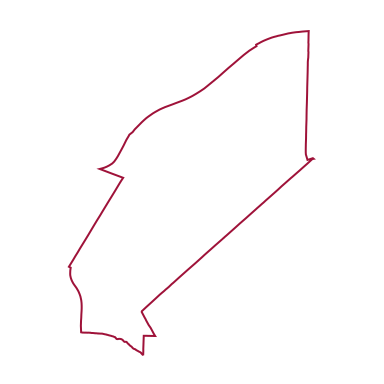 Vincent, Western Australia, Australia (Natural Earth projection), rotated 92°
{"feature_id": "25037944B82328591625586", "entity_name": "Vincent", "entity_type": "district", "adm_level": 2, "iso_a3": "AUS", "parent_name": "Australia", "parent_adm1": "Western Australia", "projection": "natural_earth1", "projection_center": [115.863, -31.931], "detail": "fine", "context": "isolated", "style": "outline", "palette": "rose", "viewbox_px": 384, "rotation_deg": 92, "n_neighbors": 0, "source": "geoboundaries", "source_scale": "gbopen_adm2", "svg_char_len": 4495}
<svg xmlns="http://www.w3.org/2000/svg" viewBox="0 0 384 384"><g transform="rotate(92 192 192)"><path d="M322.2,233.2L320.1,234.3L319.4,234.8L313.6,238.1L312.8,237.9L308.5,233.6L305.4,230.4L299.7,224.6L296.0,220.9L295.7,220.6L293.4,218.1L292.8,217.4L291.9,216.4L290.2,214.7L289.8,214.2L287.7,211.9L285.2,209.5L284.3,208.6L284.1,208.3L282.5,206.6L282.0,206.1L278.2,202.2L274.1,197.9L269.9,193.5L262.7,185.8L256.4,179.3L254.3,177.2L248.8,171.4L244.3,166.7L239.8,161.9L235.5,157.4L235.2,157.1L234.6,156.4L230.0,151.6L225.8,147.2L221.9,143.2L216.4,137.3L213.5,134.3L213.4,134.2L207.1,127.6L206.0,126.5L200.8,121.0L200.3,120.4L197.8,117.9L192.9,112.7L186.8,106.3L185.4,104.9L183.5,103.0L183.1,102.6L174.2,93.2L173.8,92.7L166.2,84.6L165.8,84.2L165.4,83.8L159.7,77.8L154.9,72.9L154.6,71.6L154.0,72.4L155.9,77.7L151.7,79.1L150.5,79.5L148.5,79.7L145.5,79.8L139.8,79.9L134.3,79.9L130.0,80.0L128.5,80.0L128.3,80.0L123.1,80.1L117.6,80.1L115.4,80.1L111.5,80.2L105.5,80.3L100.7,80.3L98.8,80.3L88.3,80.4L83.5,80.5L68.4,80.6L62.8,80.7L62.4,80.7L61.4,80.7L58.0,80.8L55.9,80.7L54.8,80.6L54.5,80.6L54.0,80.5L53.8,80.5L50.9,80.5L49.2,80.5L47.9,80.5L47.3,80.7L47.1,80.7L40.1,80.7L38.7,80.9L36.6,80.9L30.9,81.0L27.1,81.0L27.8,87.3L27.9,87.9L28.4,91.2L28.6,93.1L28.8,94.4L29.1,96.1L29.4,97.8L29.8,99.5L30.1,101.1L30.4,102.2L30.8,103.6L31.2,105.0L32.4,109.3L32.9,111.4L33.5,113.2L34.0,115.0L34.9,117.7L36.1,120.6L37.1,122.9L38.5,125.9L39.8,128.3L41.0,130.3L42.2,132.5L42.6,133.1L44.0,132.6L45.4,134.8L48.8,139.7L50.4,141.6L50.7,142.0L53.3,145.1L56.1,148.2L59.6,152.0L65.9,158.9L66.5,159.6L70.3,163.6L76.5,170.1L88.1,183.3L91.0,187.3L93.7,191.3L95.6,194.3L96.5,195.8L98.2,198.9L99.7,201.8L101.0,204.7L103.7,211.2L105.1,214.5L106.9,218.9L108.2,222.1L108.4,222.5L109.0,223.7L109.1,224.0L109.3,224.4L110.7,227.2L113.1,231.2L114.7,233.7L118.1,238.2L119.8,240.3L121.9,242.5L124.1,244.7L131.4,251.4L134.2,253.4L136.9,256.6L138.2,257.2L142.2,259.4L148.2,262.1L151.7,263.8L156.3,266.1L158.7,267.3L161.3,268.8L164.3,270.8L166.3,272.7L168.3,275.6L169.7,278.1L170.7,280.3L171.5,282.6L172.2,285.0L173.6,280.9L176.2,273.3L178.1,267.6L180.2,261.3L183.8,263.5L186.1,264.8L192.6,268.4L192.8,268.5L196.7,270.7L199.0,272.0L201.8,273.6L205.5,275.7L215.5,281.3L218.6,283.0L223.6,285.9L228.8,288.8L233.9,291.6L239.0,294.4L243.8,297.1L250.3,300.8L252.6,302.1L256.3,304.1L260.1,306.3L263.8,308.3L271.0,312.4L271.9,310.6L273.8,310.8L274.9,310.9L276.2,310.9L277.6,310.9L279.3,310.8L280.6,310.5L281.8,310.2L282.9,309.8L284.6,309.1L285.9,308.4L287.3,307.6L288.7,306.6L291.8,304.2L293.5,303.1L295.3,302.0L297.9,300.8L300.2,299.9L302.5,299.3L304.1,298.9L306.8,298.5L309.4,298.3L311.8,298.2L314.5,298.2L318.3,298.3L321.7,298.3L324.4,298.4L329.6,298.4L336.1,297.9L336.3,296.6L336.3,296.3L336.3,296.0L336.3,295.7L336.3,294.7L336.3,294.2L336.3,293.6L336.2,293.3L336.3,291.8L336.2,291.5L336.2,291.1L336.2,290.8L336.2,290.6L336.2,290.2L336.2,289.9L336.2,289.6L336.2,289.2L336.2,288.9L336.2,288.6L336.3,288.4L336.3,288.1L336.4,287.4L336.4,287.1L336.4,286.4L336.4,286.1L336.4,285.8L336.4,285.6L336.4,285.3L336.4,285.0L336.5,284.7L336.6,283.6L336.5,283.3L336.5,282.7L336.6,282.2L336.6,281.9L336.6,281.3L336.7,281.1L336.7,280.6L336.6,280.2L336.7,279.9L336.7,278.3L336.7,276.6L336.8,276.3L337.2,274.3L337.3,273.7L337.4,272.9L337.5,272.7L337.5,272.4L337.7,271.9L337.7,271.4L337.8,271.1L337.9,270.9L338.3,269.2L338.6,267.7L338.8,267.2L339.1,265.7L339.2,265.4L339.5,264.8L339.6,264.3L339.8,264.1L339.8,263.8L340.0,263.6L340.2,263.4L340.5,263.1L340.8,262.9L341.2,262.6L341.3,262.4L341.5,262.2L341.6,261.8L341.6,261.5L341.6,260.9L341.4,260.4L341.3,259.6L341.3,259.2L341.3,258.9L341.4,258.1L341.5,257.8L341.5,257.6L341.6,257.3L341.7,257.1L341.8,256.9L342.5,255.9L342.7,255.7L342.9,255.6L343.4,255.1L343.6,254.9L344.1,254.3L344.1,254.0L344.1,253.7L344.0,253.2L344.0,252.7L344.2,252.1L344.3,252.0L345.5,251.0L346.1,250.3L346.2,250.1L346.3,249.9L346.5,249.8L346.7,249.6L346.9,249.4L347.1,249.2L347.8,248.4L347.9,248.2L348.1,248.0L348.2,247.8L348.3,247.6L348.5,247.3L348.6,247.1L348.8,246.9L349.0,246.7L349.5,246.3L350.5,245.2L350.7,244.7L351.0,244.0L351.0,243.7L351.3,243.0L351.5,242.9L351.8,242.4L352.0,242.1L352.1,241.9L352.5,241.1L352.7,240.6L353.1,240.0L353.9,238.2L354.3,237.5L354.5,237.3L354.8,237.2L355.0,237.0L356.6,235.4L356.7,235.2L356.9,235.1L353.0,235.1L350.3,235.2L345.2,235.2L337.4,235.2L337.3,231.9L337.3,231.1L337.2,223.8L336.9,224.0L334.9,225.3L329.2,228.6L326.4,230.7L323.7,232.3L322.2,233.2Z" fill="none" stroke="#9f1239" stroke-width="2"/></g></svg>